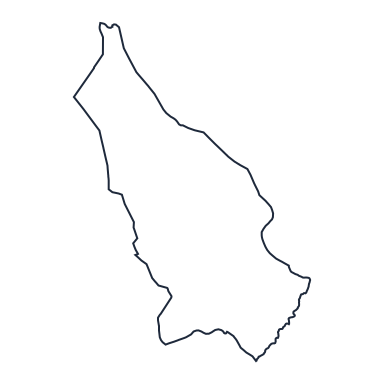 the district of As Salafiyyah, Raymah, Yemen
{"feature_id": "15242507B36893334490361", "entity_name": "As Salafiyyah", "entity_type": "district", "adm_level": 2, "iso_a3": "YEM", "parent_name": "Yemen", "parent_adm1": "Raymah", "projection": "mercator", "projection_center": [43.857, 14.695], "detail": "fine", "context": "isolated", "style": "outline", "palette": "slate", "viewbox_px": 384, "rotation_deg": 0, "n_neighbors": 0, "source": "geoboundaries", "source_scale": "gbopen_adm2", "svg_char_len": 4704}
<svg xmlns="http://www.w3.org/2000/svg" viewBox="0 0 384 384"><path d="M115.9,24.6L114.0,24.4L112.3,25.4L112.4,26.8L111.9,26.9L110.8,27.8L109.1,27.7L107.8,27.2L107.0,26.5L106.3,25.5L105.6,24.8L104.4,23.9L102.6,23.4L101.0,23.1L100.3,23.0L100.0,24.7L99.6,27.0L99.7,28.9L100.5,31.4L101.5,33.5L103.0,37.2L102.9,54.3L98.4,61.0L94.6,66.5L94.4,66.8L94.0,67.4L94.0,68.1L88.4,76.2L73.9,97.0L83.4,109.0L96.3,126.4L99.1,130.1L99.4,130.5L101.5,139.8L101.8,141.1L103.3,147.4L103.5,148.4L105.9,158.9L106.6,161.8L107.5,165.7L107.5,165.9L107.7,168.9L107.9,171.1L108.2,174.8L108.3,175.5L108.3,176.3L108.4,177.4L108.5,177.9L108.7,180.5L108.7,184.1L108.7,189.3L112.4,192.2L118.6,193.5L121.9,194.7L124.7,203.9L133.9,222.1L133.6,227.6L134.2,229.2L137.1,237.8L137.3,238.3L133.2,243.3L134.3,246.5L135.7,249.9L138.0,253.9L137.5,254.2L135.4,255.0L138.1,257.4L141.4,260.5L146.5,264.1L147.3,266.0L149.2,270.7L152.2,278.1L152.8,278.8L155.2,281.7L155.9,282.4L158.5,285.5L167.1,287.9L167.6,288.4L168.4,291.2L171.4,296.0L171.5,296.2L171.3,297.6L160.7,313.9L159.9,314.7L158.0,317.7L158.0,320.3L158.9,325.6L159.0,325.8L159.0,330.5L159.1,331.3L159.8,337.3L161.0,340.1L162.6,342.2L165.6,344.6L167.4,343.9L168.5,343.5L169.0,343.3L174.6,341.5L174.8,341.4L177.6,340.4L178.8,339.9L181.1,339.1L184.5,337.9L186.2,337.2L186.7,336.9L191.1,334.4L193.6,331.5L195.3,330.9L196.5,330.5L198.4,330.4L198.5,330.4L201.4,331.5L203.4,332.7L205.8,333.8L208.9,333.7L211.1,332.6L211.9,332.2L212.4,331.8L215.0,330.1L215.6,329.9L218.4,329.3L221.3,330.1L222.7,331.0L223.7,332.2L224.0,332.9L225.1,333.5L226.1,333.3L227.0,331.8L227.7,332.1L228.6,332.7L233.2,335.9L233.4,336.0L234.4,337.4L234.9,338.0L235.5,338.7L236.7,340.4L239.6,345.6L240.6,347.6L241.4,348.3L243.5,350.0L244.5,350.9L246.3,352.5L249.8,354.6L252.5,356.3L256.0,361.0L256.1,360.9L256.6,360.6L256.7,360.0L256.7,359.4L257.3,358.9L257.7,358.5L258.2,357.9L258.5,357.2L258.7,356.7L259.5,356.6L260.1,356.1L260.8,355.7L262.0,355.1L262.9,354.5L263.5,354.3L263.8,353.8L264.3,352.8L264.8,352.5L265.2,351.3L265.2,350.5L265.5,349.9L266.5,348.8L267.9,348.2L268.3,347.9L268.7,347.3L269.1,346.6L269.5,345.7L270.1,345.1L270.8,344.4L271.4,343.8L272.4,343.5L273.3,343.3L274.2,343.4L274.3,343.4L275.2,343.0L275.4,342.4L275.7,341.3L275.6,340.5L275.6,339.7L275.6,338.9L276.0,338.3L276.7,337.8L277.1,337.8L277.9,337.9L278.2,337.2L278.5,336.2L278.5,335.0L278.3,334.2L278.3,333.7L278.3,333.1L278.0,332.6L278.0,332.0L278.3,331.4L278.8,330.9L278.9,330.1L279.1,329.6L279.7,329.2L280.3,329.1L280.6,329.0L281.4,329.0L282.3,328.9L282.7,328.5L283.0,327.6L283.3,327.0L284.0,326.6L284.6,326.2L284.9,325.4L285.4,324.6L285.9,323.9L286.4,323.6L286.5,323.6L287.5,323.6L288.3,323.8L288.9,324.2L289.1,323.9L289.1,323.7L289.1,323.3L289.1,322.1L288.8,319.8L288.6,319.3L288.6,318.7L289.0,318.1L289.6,317.8L291.1,317.3L292.4,317.2L293.7,316.7L294.4,316.3L294.8,315.7L294.5,314.7L293.8,314.1L293.4,313.6L293.4,312.8L293.4,312.1L293.7,311.5L294.6,310.9L296.0,310.0L296.2,309.9L296.7,309.3L297.2,308.9L297.7,308.4L297.8,308.0L297.8,307.4L298.0,307.2L298.6,306.5L299.0,305.7L299.1,305.0L299.1,303.9L299.0,302.3L299.0,302.0L299.2,301.4L299.1,300.7L298.9,300.0L299.1,299.2L299.4,298.8L299.8,298.2L300.3,296.6L300.6,295.7L300.9,295.0L301.1,294.5L301.4,294.3L302.4,294.2L302.9,294.1L303.6,293.4L304.1,293.1L304.9,293.2L305.5,293.3L306.3,292.5L306.6,291.5L307.3,290.0L307.9,288.7L308.2,287.7L308.6,286.7L308.8,285.1L309.0,284.1L309.1,283.5L309.5,282.7L309.8,281.3L310.1,280.4L310.1,279.7L309.8,279.0L309.4,278.3L309.1,278.1L308.8,277.9L307.9,277.7L306.4,277.5L305.4,277.5L304.7,277.6L303.9,277.6L303.2,277.6L302.5,277.4L301.9,277.0L300.6,276.4L299.1,275.9L297.6,274.8L295.4,274.1L293.4,273.0L291.3,271.9L290.5,270.8L288.9,267.0L288.8,266.1L288.8,265.6L288.6,265.5L288.2,265.3L287.3,264.8L285.7,263.9L284.6,263.3L281.5,261.5L281.4,261.5L279.7,260.6L277.9,259.6L276.1,258.6L272.2,255.3L269.8,253.2L267.3,250.1L266.1,248.0L265.3,246.5L263.8,243.0L262.4,239.2L261.9,237.1L261.7,235.3L261.7,233.3L261.7,232.1L263.5,228.9L265.7,225.8L268.5,223.3L270.2,221.2L272.0,219.4L272.9,217.2L273.1,213.4L272.1,210.0L271.0,207.1L268.2,203.8L267.1,202.6L265.6,200.9L259.4,195.2L258.1,191.3L255.5,186.1L254.9,184.9L254.0,183.0L250.5,174.8L247.4,169.0L245.0,167.7L240.2,165.1L234.7,161.7L234.4,161.5L233.9,161.1L228.3,156.7L228.1,156.5L227.8,156.2L227.7,156.1L224.7,153.2L221.2,149.8L214.8,143.7L209.2,138.1L203.6,132.4L194.8,130.3L194.2,130.1L188.2,128.0L187.8,127.8L182.8,125.3L180.8,125.3L179.1,124.4L177.1,121.5L175.5,119.7L173.6,118.3L170.6,116.6L166.3,113.1L163.4,109.5L154.5,93.9L149.2,87.3L148.4,86.2L146.3,83.8L145.3,82.6L143.0,79.9L138.5,74.7L136.4,72.2L129.2,58.7L123.8,48.2L119.1,27.6L119.0,27.2L115.9,24.6Z" fill="none" stroke="#1e293b" stroke-width="2"/></svg>